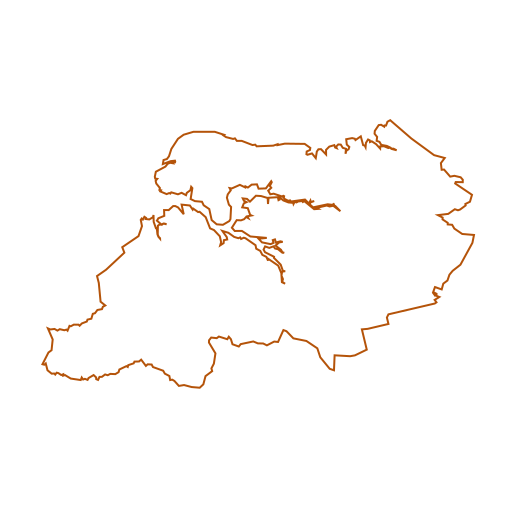 Henderson-Massey Local Board Area, Auckland, New Zealand, rotated 267°
{"feature_id": "76426892B68430055344516", "entity_name": "Henderson-Massey Local Board Area", "entity_type": "district", "adm_level": 2, "iso_a3": "NZL", "parent_name": "New Zealand", "parent_adm1": "Auckland", "projection": "natural_earth1", "projection_center": [174.63, -36.849], "detail": "fine", "context": "isolated", "style": "outline", "palette": "amber", "viewbox_px": 512, "rotation_deg": 267, "n_neighbors": 0, "source": "geoboundaries", "source_scale": "gbopen_adm2", "svg_char_len": 6112}
<svg xmlns="http://www.w3.org/2000/svg" viewBox="0 0 512 512"><g transform="rotate(267 256 256)"><path d="M143.3,206.2L146.1,205.6L150.7,208.3L160.9,210.4L172.0,204.5L174.3,204.7L176.9,207.0L176.0,212.5L177.5,214.7L174.4,223.0L176.8,224.6L174.2,226.6L169.1,227.9L166.5,234.1L168.8,236.1L170.8,248.8L168.6,253.4L168.3,258.5L166.2,262.2L169.6,269.7L169.0,273.5L180.6,279.5L179.3,282.5L171.8,289.0L168.5,301.9L160.6,312.4L151.5,314.9L139.5,323.7L137.8,327.9L152.7,329.3L151.0,344.8L151.6,349.6L156.7,361.7L177.2,357.9L177.4,363.7L181.2,384.7L187.7,383.5L190.8,385.2L199.2,432.1L200.3,433.8L202.8,432.1L205.5,436.9L206.8,434.1L208.8,434.3L209.7,432.8L207.8,432.3L210.1,430.8L215.6,433.1L212.9,439.7L218.6,441.6L221.5,445.9L227.2,448.2L230.9,451.6L236.6,459.7L257.8,472.8L265.6,474.8L267.2,463.1L273.0,455.5L276.9,453.5L277.5,449.1L279.1,449.2L282.8,444.2L284.6,444.4L287.3,439.8L288.0,450.2L292.3,457.0L291.1,460.1L291.7,462.2L295.5,468.0L297.0,467.8L299.0,472.5L305.8,474.9L318.0,458.7L319.4,459.3L318.9,466.3L321.3,466.5L323.9,464.5L325.7,458.3L325.1,454.1L332.5,448.3L332.4,445.9L339.1,445.5L344.0,449.6L347.4,439.1L365.2,417.3L384.6,397.1L383.2,394.3L379.5,392.7L379.6,391.2L378.4,390.8L380.5,387.8L380.3,385.4L374.7,381.2L371.9,380.8L368.6,383.2L364.7,382.5L363.5,385.3L360.4,386.9L359.1,392.4L357.3,395.7L356.9,396.3L356.1,396.8L356.0,398.9L354.2,402.0L355.9,396.8L357.2,395.7L356.9,393.8L358.9,389.6L358.9,385.8L356.8,385.6L361.4,381.8L364.5,377.6L363.8,375.8L365.5,375.7L366.5,374.0L363.2,371.7L358.9,371.1L360.6,370.4L361.1,368.8L370.0,366.9L366.6,361.4L367.9,360.9L368.7,358.2L367.9,352.2L362.5,352.5L360.0,354.9L357.7,354.0L356.5,351.8L353.4,350.7L358.3,351.5L359.5,348.3L362.8,346.5L363.1,344.0L360.9,341.6L359.5,342.2L360.2,340.7L362.6,340.0L361.4,334.9L358.3,331.5L353.7,331.3L359.3,326.5L359.3,323.9L357.1,322.2L350.6,320.8L355.5,317.3L354.4,312.7L355.0,311.7L357.7,312.1L359.0,315.4L361.1,315.9L365.4,310.5L366.7,290.7L365.6,283.3L366.5,283.4L365.3,279.0L365.5,262.4L367.2,261.1L367.0,258.3L371.7,247.8L372.0,242.9L374.6,241.1L374.1,239.3L376.3,232.3L378.2,229.7L378.7,230.5L382.2,221.3L383.3,200.0L380.9,190.1L377.1,184.2L367.4,177.1L360.1,174.3L357.5,172.1L356.7,168.7L352.7,167.8L355.2,175.8L355.5,180.9L354.6,178.8L353.6,180.9L354.4,177.5L352.9,178.2L353.6,175.1L352.7,172.6L350.0,170.2L345.4,160.4L340.4,159.1L338.6,159.4L338.2,161.4L336.3,159.7L333.6,160.2L328.9,163.6L327.1,163.0L326.6,164.6L325.5,163.8L322.5,170.0L323.4,172.6L322.8,173.7L324.0,174.7L321.7,181.3L323.0,185.0L320.4,189.3L322.7,190.2L325.1,193.9L328.5,194.9L327.1,196.0L316.3,193.7L314.0,197.9L313.0,204.9L309.4,206.4L305.3,211.8L294.2,213.6L289.7,218.4L288.9,224.6L292.3,231.2L294.2,232.4L306.3,233.7L308.7,231.6L315.7,230.0L319.0,231.0L322.9,234.2L325.2,233.2L324.7,235.3L327.9,243.6L325.0,248.9L326.1,249.1L324.8,251.5L327.5,255.4L327.5,260.7L323.1,262.1L323.0,269.4L329.9,275.1L328.9,275.6L325.2,273.5L323.3,274.8L320.6,271.6L316.9,273.5L317.3,276.9L314.1,285.1L314.7,286.4L313.9,287.9L313.9,285.8L311.4,287.7L309.4,291.2L309.8,292.9L308.6,293.8L309.8,307.9L304.7,312.5L306.6,312.1L308.4,313.2L307.2,313.4L307.8,317.0L306.5,312.6L304.2,312.9L301.6,315.6L303.9,330.3L303.1,334.8L304.3,337.1L303.0,335.3L301.8,337.8L296.3,342.6L302.1,335.8L301.6,332.1L302.7,329.3L300.9,318.9L299.8,320.7L299.7,316.5L308.7,306.6L308.7,305.3L306.7,306.1L308.5,304.9L308.1,299.4L306.7,299.8L307.8,299.2L307.5,297.1L306.0,296.2L307.1,296.0L307.8,291.2L310.1,286.1L313.2,282.9L313.2,282.0L311.1,282.5L310.6,281.4L313.6,280.9L313.5,271.6L307.3,270.7L313.3,270.7L315.6,264.2L316.2,259.1L310.6,252.8L313.5,250.0L314.2,245.8L311.8,246.8L310.3,249.4L309.2,246.6L305.3,244.8L304.2,250.3L297.4,252.3L296.7,253.6L296.1,249.4L294.2,250.3L295.5,248.2L293.4,246.1L292.4,242.9L292.8,238.6L285.5,233.4L282.1,236.1L281.8,243.2L275.8,251.4L273.5,267.7L273.1,259.5L269.3,262.7L267.1,271.2L268.2,274.2L271.0,273.6L271.6,275.8L268.4,276.6L269.4,281.1L268.7,283.4L268.4,279.9L265.4,276.0L260.9,281.3L258.0,282.7L258.0,283.7L257.7,284.3L257.9,282.5L261.6,278.4L262.5,275.4L264.7,273.9L263.4,269.7L265.1,265.6L262.0,263.9L259.3,265.2L254.3,274.0L253.2,273.8L246.1,280.2L239.7,282.1L239.3,284.4L239.0,281.3L235.1,280.4L231.5,281.7L228.9,280.8L226.8,283.6L228.5,280.5L237.5,280.4L245.2,277.7L252.6,268.0L250.7,267.8L254.6,266.3L256.8,262.4L260.9,260.5L263.3,256.6L266.8,256.1L274.3,246.4L274.9,244.8L273.8,242.0L275.4,241.2L274.7,239.3L276.2,235.2L280.6,229.7L282.8,223.7L276.4,227.8L274.0,228.1L273.5,224.8L270.5,224.3L268.5,220.8L271.7,221.9L277.6,220.9L284.1,215.4L286.0,211.6L297.4,207.8L303.1,202.0L302.9,200.5L306.6,195.8L305.6,195.2L309.9,192.6L311.2,184.4L301.5,186.0L308.6,180.7L310.1,178.0L310.2,175.9L306.4,171.2L306.7,166.6L300.9,166.5L298.8,160.5L296.5,158.9L292.4,163.2L293.3,165.4L293.1,166.6L292.3,168.4L293.2,165.3L292.1,163.6L292.5,161.4L291.4,159.6L282.7,159.0L280.4,159.7L278.8,161.1L278.3,161.1L280.4,159.5L282.9,158.7L289.1,158.4L289.0,157.5L295.5,155.6L302.3,155.8L300.2,155.2L298.1,151.4L298.7,147.8L299.8,148.2L301.0,146.6L298.3,144.9L299.4,143.8L298.1,142.8L291.8,143.7L282.0,139.7L271.8,122.9L266.2,124.7L250.1,105.5L244.3,96.2L237.3,97.6L218.5,98.4L214.5,102.9L213.3,100.4L211.0,99.4L210.4,94.8L207.3,92.2L206.8,90.0L202.0,88.3L201.3,84.4L199.4,83.6L197.8,78.6L195.6,76.2L196.7,75.2L197.0,70.5L195.5,67.3L196.0,66.1L191.3,63.9L192.4,62.9L191.9,60.7L193.2,56.2L191.9,53.8L193.7,51.0L193.4,46.8L194.6,44.4L183.3,48.6L172.6,46.9L170.5,43.7L159.1,37.1L158.5,38.9L159.7,40.4L152.8,41.8L149.2,45.8L149.2,48.4L148.1,49.3L149.9,50.8L149.4,52.5L147.3,55.3L148.0,57.3L146.6,57.2L147.1,59.0L143.3,64.6L141.3,74.5L143.8,75.6L141.7,76.9L142.3,78.7L141.1,81.3L142.9,82.4L145.6,87.6L143.1,90.0L141.4,90.0L140.5,91.8L143.5,93.4L143.4,95.8L145.6,99.1L144.7,101.7L145.9,104.3L145.4,109.3L147.2,112.7L149.8,113.6L152.8,120.8L151.9,122.1L153.7,122.7L155.2,128.2L156.9,129.1L156.8,133.7L158.5,135.9L152.0,140.3L153.5,142.1L153.1,146.1L150.5,147.3L146.3,157.3L143.3,158.8L140.7,163.2L136.6,163.8L136.9,165.9L135.5,168.0L130.3,172.2L130.9,177.4L128.5,184.9L127.4,192.9L130.6,196.7L138.7,199.3L143.3,206.2Z" fill="none" stroke="#b45309" stroke-width="2"/></g></svg>